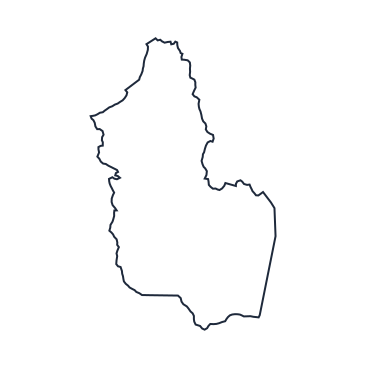 Timbó Grande, Santa Catarina, Brazil, rotated 215°
{"feature_id": "56859067B65856130314873", "entity_name": "Timbó Grande", "entity_type": "district", "adm_level": 2, "iso_a3": "BRA", "parent_name": "Brazil", "parent_adm1": "Santa Catarina", "projection": "robinson", "projection_center": [-50.629, -26.64], "detail": "fine", "context": "isolated", "style": "outline", "palette": "slate", "viewbox_px": 384, "rotation_deg": 215, "n_neighbors": 0, "source": "geoboundaries", "source_scale": "gbopen_adm2", "svg_char_len": 3081}
<svg xmlns="http://www.w3.org/2000/svg" viewBox="0 0 384 384"><g transform="rotate(215 192 192)"><path d="M289.8,166.7L287.0,166.1L284.2,164.6L281.1,164.3L278.7,165.5L275.4,165.6L272.3,166.1L270.1,166.4L268.2,166.7L266.0,167.0L264.1,166.0L265.2,163.8L264.4,161.6L262.0,162.5L259.2,162.3L260.8,159.4L263.2,158.4L265.7,158.4L267.5,155.1L265.8,153.1L264.3,151.7L262.0,150.2L260.0,149.2L258.0,148.1L255.4,146.8L255.0,144.1L254.0,140.6L252.1,137.7L249.5,135.7L245.7,134.7L243.2,133.7L245.0,132.3L243.9,130.3L242.0,127.7L240.8,124.4L240.1,122.1L239.9,118.3L238.5,115.9L237.5,112.9L234.7,112.6L232.3,112.0L230.1,110.7L226.6,110.0L224.2,107.8L223.0,105.8L220.3,104.9L219.5,101.2L218.6,98.4L216.5,96.6L214.6,92.7L212.7,89.5L210.0,88.7L207.5,89.6L204.1,87.1L202.3,85.0L200.2,83.4L198.2,81.3L196.5,79.7L193.6,78.8L190.6,78.6L188.4,78.0L185.4,78.3L182.7,78.7L180.3,78.2L177.0,78.9L173.9,78.9L167.2,83.4L144.1,99.1L140.4,98.6L137.7,96.2L134.7,95.1L130.6,95.3L128.2,94.6L124.7,93.3L121.9,93.0L119.4,91.6L117.5,88.9L115.8,87.1L113.0,85.5L108.5,86.9L105.4,86.0L102.7,86.5L101.5,89.1L101.7,91.8L101.3,94.4L98.6,96.1L96.3,98.0L94.6,100.0L92.8,102.7L90.7,105.2L90.9,107.7L90.8,110.2L90.2,112.7L88.8,114.7L86.7,116.6L84.4,118.1L82.4,119.1L80.4,119.5L78.2,119.8L75.4,121.9L72.9,123.8L70.1,125.0L67.4,126.5L65.5,127.5L65.9,130.0L98.2,203.7L115.2,226.1L121.3,228.7L133.8,232.7L134.8,229.7L135.7,227.2L137.7,226.0L140.2,226.8L142.9,227.4L144.9,228.6L146.8,229.6L149.1,231.1L151.0,229.4L154.0,228.4L156.8,229.3L159.0,229.4L161.0,226.6L160.7,223.9L159.5,222.1L169.8,218.5L169.1,215.6L169.4,212.1L170.6,209.4L172.5,208.7L174.6,208.4L176.8,206.7L179.8,206.9L182.3,207.5L184.4,210.0L186.2,211.8L189.3,210.3L189.9,214.2L191.8,217.6L194.7,218.9L196.9,219.3L199.3,220.8L202.0,223.0L203.3,226.8L204.7,229.2L204.9,231.5L206.2,234.8L207.2,238.1L207.6,241.6L206.2,244.3L204.0,245.0L204.9,248.2L207.5,250.8L210.6,250.1L213.8,250.0L216.6,251.2L217.9,254.0L220.3,255.8L223.3,256.3L225.9,257.9L228.5,260.5L231.3,262.9L233.5,264.2L235.2,265.7L237.2,268.0L238.9,271.8L242.5,272.3L244.9,271.7L247.6,272.5L248.4,276.3L248.9,279.6L250.7,281.6L252.2,283.8L254.5,285.4L256.9,285.1L258.9,284.7L260.9,286.4L262.5,289.4L264.4,291.8L266.0,294.6L268.1,296.9L271.1,297.4L274.2,295.9L276.3,294.6L278.1,296.5L279.1,299.7L281.0,299.3L282.7,300.6L286.1,301.9L288.3,303.9L289.9,306.0L291.9,305.6L292.0,302.9L293.7,301.1L295.8,302.8L297.9,301.0L300.1,298.6L303.0,298.2L305.3,298.5L307.1,296.5L310.0,297.0L314.1,287.0L311.5,285.9L309.7,283.1L308.3,279.1L307.5,275.1L306.5,272.2L305.2,269.6L303.8,267.2L303.0,264.9L301.9,262.8L301.0,259.2L300.6,256.1L299.7,253.7L305.0,237.3L302.2,236.5L301.1,233.6L301.0,230.3L301.4,227.3L302.7,224.3L303.6,221.8L305.3,219.4L306.5,216.5L308.3,213.9L309.2,211.2L310.2,208.5L310.8,206.2L312.9,204.1L314.0,201.5L315.2,199.3L316.7,197.7L318.5,196.0L316.3,194.5L314.0,194.3L311.4,192.9L308.7,190.3L305.7,189.1L303.7,190.6L300.2,190.6L297.3,188.2L297.1,185.4L295.5,182.7L293.6,181.6L291.7,178.8L293.3,177.4L294.4,175.1L293.0,173.2L290.8,171.1L289.8,166.7Z" fill="none" stroke="#1e293b" stroke-width="2"/></g></svg>